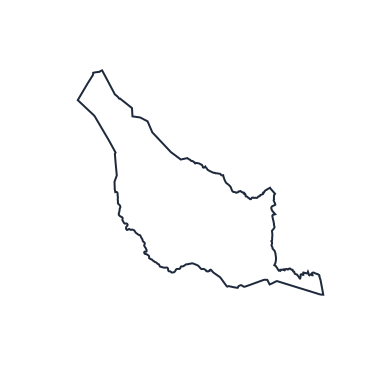 Kilome, Eastern, Kenya (Equal Earth projection), rotated 333°
{"feature_id": "3690345B81435991527602", "entity_name": "Kilome", "entity_type": "district", "adm_level": 2, "iso_a3": "KEN", "parent_name": "Kenya", "parent_adm1": "Eastern", "projection": "equal_earth", "projection_center": [37.318, -1.832], "detail": "fine", "context": "isolated", "style": "outline", "palette": "slate", "viewbox_px": 384, "rotation_deg": 333, "n_neighbors": 0, "source": "geoboundaries", "source_scale": "gbopen_adm2", "svg_char_len": 6141}
<svg xmlns="http://www.w3.org/2000/svg" viewBox="0 0 384 384"><g transform="rotate(333 192 192)"><path d="M183.7,120.8L184.5,108.9L179.7,102.1L173.3,97.6L176.6,90.0L170.3,76.1L169.9,76.1L169.5,75.7L169.3,75.2L169.3,74.3L168.7,72.5L167.5,69.8L167.6,69.1L167.5,63.9L167.4,58.3L167.3,51.0L167.1,42.8L165.1,42.7L164.6,42.9L164.1,42.9L160.2,41.5L158.1,40.9L157.5,41.9L156.8,42.8L148.1,48.0L131.9,58.3L139.3,78.9L139.7,80.5L141.4,108.7L141.8,122.2L140.6,123.0L137.1,131.5L132.5,143.1L127.6,147.7L124.4,154.5L123.6,157.3L124.7,157.6L125.1,158.1L125.2,159.0L125.0,159.7L124.3,161.0L123.5,163.3L122.4,164.9L121.8,166.7L121.1,167.9L120.9,168.4L120.9,169.0L121.6,170.8L121.6,171.9L121.5,172.6L121.2,173.1L120.3,173.8L119.9,174.3L118.3,176.6L117.0,177.9L116.4,179.1L116.6,179.5L116.6,180.0L116.8,180.6L117.5,181.8L118.1,182.5L118.3,183.0L118.4,183.6L118.2,184.1L117.4,185.1L117.2,185.6L117.4,188.9L117.6,189.4L117.9,189.7L119.0,190.1L119.5,190.5L119.8,191.0L119.8,191.8L119.5,192.3L119.1,192.7L118.2,192.9L117.8,193.1L117.3,193.6L116.8,194.3L116.6,194.9L116.6,195.8L116.9,196.3L117.3,196.5L117.8,196.5L118.5,196.3L119.0,196.4L119.4,196.6L120.1,197.8L120.5,198.1L121.4,198.2L121.9,198.5L122.4,199.1L123.1,200.0L123.4,202.6L123.6,203.2L124.5,204.9L124.8,205.6L125.3,206.2L125.8,206.6L126.1,207.1L126.2,207.8L126.1,209.6L126.3,211.6L125.9,213.3L126.1,214.2L126.6,215.2L126.7,215.8L126.5,216.5L126.3,216.9L125.6,217.3L125.2,217.8L125.0,218.9L125.3,221.1L125.2,222.9L125.0,223.6L124.6,224.2L124.2,224.4L123.8,224.3L122.9,223.7L122.4,223.7L122.0,224.1L121.8,224.7L121.8,225.1L122.0,225.8L123.0,226.5L124.5,228.8L124.5,229.5L124.2,230.9L123.8,231.5L124.1,232.1L125.2,233.6L125.6,233.9L125.7,234.5L125.9,235.2L126.6,236.2L126.9,237.2L128.0,238.4L128.4,239.1L128.6,240.2L129.4,241.1L129.7,241.7L129.6,243.2L129.6,243.8L130.0,244.3L130.8,244.9L131.6,245.8L132.7,246.6L134.0,247.4L135.1,247.8L135.6,248.2L135.8,248.9L135.8,249.5L135.4,250.5L135.2,251.4L135.4,252.1L136.5,252.8L136.9,253.3L137.2,254.4L138.0,254.9L139.4,255.3L139.9,255.3L141.0,254.9L142.5,253.9L143.0,253.7L143.6,253.7L144.3,254.0L145.7,254.8L146.4,254.8L147.2,254.3L148.1,253.5L148.6,253.4L150.0,254.1L151.9,254.1L153.3,253.8L154.2,253.9L155.8,254.6L156.9,254.7L158.0,255.2L159.6,255.5L160.5,256.2L163.7,259.9L164.0,260.5L164.3,261.2L165.0,264.0L165.2,264.6L165.5,265.0L165.9,265.2L166.9,265.5L167.6,266.0L168.1,266.6L169.1,268.6L168.9,269.1L169.7,269.8L170.7,270.2L171.6,270.3L171.6,269.9L172.5,269.6L173.1,269.6L173.5,269.8L173.8,270.6L174.2,272.6L174.7,273.9L178.2,280.4L178.5,281.4L180.1,291.5L180.3,292.1L180.6,292.4L181.7,292.4L182.3,292.8L186.2,296.0L189.1,298.1L189.6,298.0L190.4,297.2L190.8,297.0L193.1,297.1L193.5,297.4L193.9,297.8L194.9,299.5L195.3,300.0L195.8,300.3L199.2,300.8L216.1,302.9L217.2,303.3L219.2,304.5L219.2,309.6L221.7,309.8L226.7,309.8L227.3,310.0L259.3,341.1L260.4,342.0L262.3,343.1L263.2,340.2L266.6,328.6L266.7,328.0L266.7,327.5L267.0,326.3L267.1,325.1L267.6,324.4L267.6,323.7L267.2,323.1L266.5,322.0L265.6,321.3L263.9,319.1L263.5,318.8L262.4,318.6L262.0,318.9L261.7,319.6L261.8,320.3L261.6,320.9L261.2,320.7L260.6,319.5L260.3,319.2L260.0,319.2L258.8,319.6L258.6,319.2L258.6,318.6L258.7,317.6L259.0,316.7L259.1,315.7L258.1,316.6L257.6,316.8L257.2,316.6L256.9,316.2L256.0,315.6L255.1,314.6L254.6,314.3L254.3,314.6L253.6,316.4L253.2,316.3L253.0,315.7L252.2,315.0L251.7,314.8L251.2,315.0L251.0,315.6L250.3,316.7L249.9,317.1L249.6,317.8L249.0,318.2L248.7,318.0L248.7,317.2L248.5,315.3L248.2,314.4L248.1,313.3L246.9,312.0L246.5,311.5L246.6,310.5L246.8,310.0L246.7,309.2L246.2,309.0L246.1,308.3L246.1,307.6L246.3,307.2L246.0,306.7L245.5,306.5L245.2,305.9L244.8,305.5L244.7,304.8L244.2,304.5L243.8,304.5L243.4,304.3L243.1,304.3L242.7,304.6L242.4,304.3L241.8,304.3L241.3,303.5L240.9,303.5L240.5,303.3L240.0,303.3L239.1,303.8L238.9,303.4L239.1,303.0L239.0,302.6L238.5,302.5L238.1,303.0L237.3,302.3L236.2,301.7L235.7,301.9L235.5,302.2L234.9,302.3L234.8,301.5L234.2,301.7L233.7,301.6L233.5,300.7L233.3,298.1L233.1,297.0L233.1,296.3L232.9,295.7L232.1,294.7L232.7,294.1L233.5,293.7L235.0,292.0L236.6,289.6L237.1,288.5L237.9,286.0L238.2,285.5L238.4,284.7L238.8,282.8L238.8,281.7L238.1,279.0L238.5,278.1L238.6,275.6L239.8,274.4L240.2,273.8L240.4,273.4L240.4,271.9L241.0,271.9L242.0,270.5L242.8,268.8L243.5,267.9L243.9,267.1L244.5,265.9L245.4,263.5L245.8,262.8L248.4,261.7L249.5,260.9L249.7,260.4L250.0,259.0L250.3,258.0L250.6,257.7L251.0,256.0L251.2,255.3L251.5,254.8L251.6,253.4L251.8,252.9L252.6,250.1L252.8,249.6L253.7,249.1L254.2,249.0L254.9,249.4L256.0,249.6L255.8,248.9L255.7,248.0L255.3,246.6L255.0,245.4L255.0,243.8L255.3,242.5L255.6,241.9L256.0,241.5L256.5,241.2L258.2,241.1L259.8,241.3L260.5,241.1L260.7,239.8L260.8,239.4L260.8,238.2L260.9,236.6L261.3,236.1L261.7,235.9L261.9,235.2L263.3,232.6L263.7,232.2L264.0,231.8L265.2,231.3L263.5,224.6L263.5,223.7L261.8,223.7L258.2,223.9L256.9,224.4L256.0,225.1L255.6,224.8L255.1,224.8L254.6,225.3L254.4,226.0L252.8,226.0L251.6,225.7L250.6,226.4L250.0,226.4L249.2,226.1L248.7,226.2L247.8,226.7L246.8,226.6L245.7,225.8L244.7,225.5L243.8,224.6L243.4,224.6L242.9,224.3L241.8,224.7L241.3,225.1L240.7,224.9L240.4,224.6L240.0,223.4L239.3,222.3L239.1,221.4L238.4,220.4L237.9,220.2L238.0,219.6L238.5,218.6L238.5,218.1L237.8,217.6L237.5,217.2L237.7,216.8L238.1,216.6L238.0,216.2L237.2,215.8L237.0,215.2L236.4,214.9L235.9,213.6L235.6,213.2L235.3,213.3L234.2,212.7L233.7,212.7L233.4,213.0L232.9,213.1L231.9,212.8L231.4,212.9L230.5,212.1L230.2,211.6L228.9,210.7L228.6,210.2L228.3,208.9L228.7,205.6L228.5,203.9L227.4,201.0L227.0,200.4L226.6,199.4L226.5,198.5L226.5,196.2L227.0,192.7L227.4,191.2L226.4,190.9L225.9,190.5L225.7,190.1L225.5,188.9L225.2,188.5L222.3,186.4L221.5,186.0L221.0,185.2L220.3,185.0L219.0,183.6L216.9,180.7L216.0,179.3L215.8,177.2L215.5,176.6L215.4,175.3L214.1,175.7L213.6,175.7L212.9,175.0L213.1,174.4L213.2,172.4L212.3,171.3L211.4,169.9L211.1,169.6L210.0,168.8L209.3,168.2L208.7,168.0L207.8,168.0L207.6,167.4L207.7,166.7L207.1,165.9L206.9,165.2L206.4,164.6L205.6,164.1L205.3,163.7L205.0,162.5L204.7,162.3L203.5,160.3L203.3,159.7L196.8,158.0L191.3,146.9L183.7,120.8Z" fill="none" stroke="#1e293b" stroke-width="2"/></g></svg>